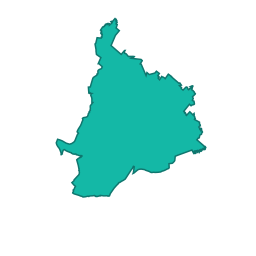 outline of Tacotalpa, Tabasco, Mexico, rotated 33°
{"feature_id": "50627088B19731547839915", "entity_name": "Tacotalpa", "entity_type": "district", "adm_level": 2, "iso_a3": "MEX", "parent_name": "Mexico", "parent_adm1": "Tabasco", "projection": "natural_earth1", "projection_center": [-92.714, 17.516], "detail": "fine", "context": "isolated", "style": "filled", "palette": "teal", "viewbox_px": 256, "rotation_deg": 33, "n_neighbors": 0, "source": "geoboundaries", "source_scale": "gbopen_adm2", "svg_char_len": 5702}
<svg xmlns="http://www.w3.org/2000/svg" viewBox="0 0 256 256"><g transform="rotate(33 128 128)"><path d="M125.3,210.9L126.6,210.4L127.8,210.4L129.7,208.9L131.6,206.9L132.4,206.8L132.4,206.6L133.1,205.7L135.3,204.1L136.6,202.9L137.0,202.9L137.1,203.0L137.4,203.0L137.9,202.7L138.1,203.0L138.4,202.9L139.5,202.2L140.9,200.6L141.3,199.8L141.7,200.1L142.5,199.1L144.7,198.1L147.1,196.4L147.5,196.2L147.9,196.2L148.0,196.0L149.0,195.6L148.9,195.4L149.4,194.8L149.0,193.1L148.9,192.3L149.1,186.1L149.7,182.0L150.1,180.6L150.0,180.1L150.2,179.7L150.0,179.3L150.1,178.8L150.7,178.2L151.6,176.2L152.6,174.4L153.5,172.3L153.5,161.2L153.7,159.9L153.4,157.2L153.9,157.0L154.4,157.1L156.9,162.8L157.0,163.3L157.5,162.5L159.0,157.7L159.9,156.5L161.4,155.3L164.5,153.9L166.0,153.8L169.0,153.0L171.6,152.7L172.3,152.3L173.8,151.0L174.8,150.6L177.0,149.0L179.3,147.1L180.4,145.2L180.9,144.8L181.9,143.4L183.3,140.9L183.9,140.2L184.2,139.4L184.1,138.8L181.8,135.6L184.3,133.5L184.6,132.8L184.9,131.3L185.0,130.2L184.9,129.7L183.0,126.0L184.5,123.8L193.6,111.7L197.1,113.6L197.4,113.2L198.0,112.9L198.6,112.4L198.6,112.2L197.9,112.1L196.9,112.4L196.3,112.1L196.2,111.6L196.3,111.3L196.7,111.5L197.2,111.4L197.3,111.1L196.8,110.7L197.5,110.0L198.3,110.7L198.7,110.1L198.9,110.0L199.1,110.6L199.4,110.7L199.5,110.2L198.4,109.1L198.5,108.9L199.1,108.8L199.9,109.4L200.2,108.9L200.4,109.5L200.7,109.5L201.0,109.7L201.0,108.7L200.2,108.1L199.9,107.5L200.6,107.0L201.5,107.0L201.6,107.9L202.0,107.7L202.2,107.0L202.2,106.3L201.1,106.3L201.0,106.1L202.4,105.5L202.0,104.7L202.1,104.2L203.1,104.2L203.3,104.3L203.3,104.6L203.5,104.7L204.2,104.2L204.3,103.7L204.1,103.0L203.8,102.7L203.2,102.8L202.9,102.5L203.5,102.3L203.7,101.9L202.7,101.5L202.0,102.0L201.8,101.7L192.2,100.4L192.4,98.2L193.0,97.7L193.1,97.4L192.2,95.0L192.3,94.3L192.8,93.7L193.0,93.1L192.5,91.8L192.7,91.0L192.4,90.6L191.2,90.0L190.7,90.6L190.2,89.9L190.4,88.9L189.9,88.5L189.2,88.5L188.8,88.8L188.8,89.1L189.5,89.9L189.4,90.1L189.1,90.1L188.3,89.3L187.2,88.8L186.9,88.3L186.8,88.0L187.0,87.3L187.5,86.8L186.5,85.8L185.7,85.6L184.8,84.2L179.3,84.6L179.4,84.2L179.2,83.5L178.8,83.7L178.2,82.6L177.7,82.2L177.0,82.0L176.5,81.6L176.5,81.0L175.5,79.9L175.2,81.6L171.0,80.7L170.2,85.6L169.7,85.5L169.8,84.8L167.3,84.5L167.5,83.9L165.7,83.6L166.6,74.6L168.7,75.0L168.7,74.6L169.0,74.3L169.4,73.6L170.2,72.8L170.6,72.2L170.6,71.6L169.9,70.9L169.6,70.4L169.0,70.0L168.8,69.6L167.0,69.8L166.6,68.8L166.8,68.3L166.6,67.7L165.1,66.7L165.7,63.9L165.9,62.9L165.8,62.6L165.4,62.6L165.3,62.4L164.4,62.3L164.1,61.8L163.7,61.6L163.4,61.6L162.1,61.2L161.1,61.3L160.7,61.2L159.8,58.7L159.7,57.7L159.4,57.4L158.8,57.7L157.8,59.3L158.2,59.2L158.8,59.3L159.1,59.8L159.1,60.2L158.3,61.0L158.2,61.5L158.5,61.7L158.1,62.7L158.0,62.9L157.4,62.9L155.6,61.6L155.0,62.0L154.5,61.9L154.2,62.6L153.5,66.2L151.3,66.0L150.9,65.7L150.9,65.0L148.1,64.5L149.4,63.0L146.9,62.0L146.5,62.8L138.0,61.6L136.4,61.4L136.4,61.1L132.5,60.9L132.3,66.4L130.9,66.1L129.6,66.2L129.1,66.5L128.2,66.4L128.2,70.4L126.2,69.8L126.4,68.6L125.7,68.6L125.8,68.0L124.5,67.9L124.6,65.2L120.9,64.9L120.6,67.3L116.7,71.6L113.7,71.2L114.6,74.2L104.3,67.3L103.3,67.6L103.3,63.8L103.2,63.7L101.6,63.4L92.3,68.0L92.2,68.0L92.6,67.4L94.0,66.4L94.2,65.8L94.3,64.7L93.2,65.2L89.3,67.8L86.1,66.8L84.5,67.2L84.0,66.5L83.4,66.1L83.3,64.6L82.9,64.9L82.2,70.0L68.9,68.1L67.0,57.2L67.7,51.1L63.6,50.6L62.6,47.1L62.0,47.1L61.6,47.3L60.9,46.5L61.3,45.7L61.3,45.2L60.7,44.9L59.7,44.9L60.0,44.1L58.9,43.9L58.9,43.3L58.5,43.3L58.2,43.5L57.5,43.3L56.9,47.3L57.0,47.8L56.0,47.6L55.7,48.1L57.3,48.6L56.4,52.0L55.5,50.8L54.8,51.4L55.0,51.6L54.8,52.0L54.2,51.3L53.7,51.9L54.0,52.3L53.4,52.8L53.2,52.6L52.7,53.2L53.2,53.9L52.6,54.5L52.9,54.8L52.5,55.7L52.7,55.9L52.5,56.3L52.3,56.1L51.7,57.2L51.7,60.9L52.8,60.9L53.1,62.2L53.6,62.0L53.8,63.3L54.5,63.0L54.7,63.6L54.9,63.5L55.2,64.0L55.6,63.8L56.6,66.0L56.1,66.2L56.5,67.3L52.9,69.1L54.8,74.4L54.6,75.5L58.5,79.7L59.5,81.2L61.5,83.5L66.9,83.7L68.0,90.3L68.7,89.9L72.9,90.6L73.4,92.1L73.1,93.2L72.0,94.6L71.6,95.9L71.7,96.6L72.9,98.3L73.1,99.3L72.6,99.6L73.1,100.7L71.4,104.5L71.5,105.8L74.0,114.1L72.5,115.3L75.0,118.6L75.3,118.9L75.6,119.0L75.6,119.3L75.8,119.5L76.0,120.0L76.3,119.9L76.5,119.4L76.8,119.1L77.1,119.1L77.0,119.3L77.1,119.9L77.8,119.6L78.3,119.1L78.7,118.9L78.5,119.3L79.0,120.9L80.1,121.7L80.3,121.7L81.5,122.8L82.1,123.6L83.9,126.4L84.6,125.9L84.3,130.0L85.2,131.4L85.6,131.7L86.3,133.3L86.8,133.7L86.6,134.7L86.6,135.7L87.1,135.8L86.9,137.5L87.5,139.1L87.7,140.4L87.2,141.5L84.9,143.7L84.6,144.8L85.4,145.4L85.8,146.0L86.2,148.4L86.5,149.4L86.9,152.0L86.9,155.7L87.1,157.6L87.3,158.7L87.5,159.0L89.0,159.2L89.3,159.4L89.1,160.5L89.2,161.5L90.4,167.5L90.4,168.6L90.1,169.7L89.2,171.7L87.8,173.4L84.4,174.4L80.0,174.6L77.4,175.1L75.1,175.8L75.9,179.5L77.1,180.6L77.9,181.1L79.3,181.8L81.6,182.6L82.7,183.3L85.5,185.4L86.4,186.8L86.6,186.7L87.0,185.5L86.4,185.1L86.5,184.5L86.2,183.9L86.2,183.3L85.8,182.6L85.8,181.9L86.3,180.8L88.4,180.8L89.9,180.6L93.1,179.9L93.9,179.6L94.2,179.9L95.9,179.8L97.4,179.1L98.4,178.2L99.2,178.6L100.3,178.1L102.2,177.7L103.7,176.6L104.0,176.7L104.4,176.4L104.7,176.8L104.4,177.1L104.5,177.9L104.0,178.1L104.2,178.6L103.9,178.9L103.7,178.7L103.4,179.4L103.2,180.0L103.2,180.3L102.7,180.9L102.7,181.8L102.4,182.1L102.3,182.6L106.6,186.4L108.9,188.8L109.2,188.8L109.6,189.6L109.7,190.2L110.4,190.3L110.6,190.5L110.9,191.3L111.5,191.8L112.1,193.1L112.2,194.2L111.7,196.9L111.3,199.3L111.0,200.7L111.3,201.1L111.3,202.1L110.7,204.4L113.7,205.3L115.7,205.5L115.8,205.8L115.7,206.7L116.2,209.3L115.8,209.7L115.9,210.0L116.8,210.9L116.8,212.1L117.0,212.6L118.6,212.6L123.5,211.2L125.3,210.9Z" fill="#14b8a6" stroke="#0f766e" stroke-width="1.5"/></g></svg>